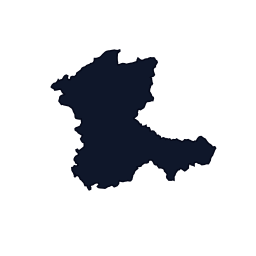 Mococa, São Paulo, Brazil (Mercator projection), rotated 33°
{"feature_id": "56859067B41359481852892", "entity_name": "Mococa", "entity_type": "district", "adm_level": 2, "iso_a3": "BRA", "parent_name": "Brazil", "parent_adm1": "São Paulo", "projection": "mercator", "projection_center": [-47.017, -21.449], "detail": "fine", "context": "isolated", "style": "filled", "palette": "ink", "viewbox_px": 256, "rotation_deg": 33, "n_neighbors": 0, "source": "geoboundaries", "source_scale": "gbopen_adm2", "svg_char_len": 4971}
<svg xmlns="http://www.w3.org/2000/svg" viewBox="0 0 256 256"><g transform="rotate(33 128 128)"><path d="M133.9,91.5L133.2,89.4L132.4,88.6L130.8,88.7L129.4,87.5L127.6,86.5L126.1,85.9L125.5,84.8L124.8,83.4L124.3,81.1L123.5,80.0L124.4,78.7L124.3,77.4L123.1,76.6L122.4,75.7L121.5,74.8L120.7,73.7L119.3,73.4L119.9,72.0L121.0,70.6L121.2,69.0L118.6,67.0L117.5,65.8L116.8,64.6L117.0,62.8L117.6,61.8L116.8,60.6L116.8,57.2L115.8,56.2L113.9,56.1L112.1,55.0L110.8,55.5L110.1,56.3L108.8,56.7L107.6,58.0L106.9,59.5L105.7,60.2L104.5,61.6L104.0,62.9L103.0,63.6L102.1,64.2L100.7,64.2L98.3,63.9L98.6,65.8L99.4,67.5L98.1,69.0L97.2,70.2L96.1,71.5L95.1,72.3L94.0,73.4L91.9,75.6L90.1,76.0L88.5,76.8L87.5,77.9L86.2,79.7L85.2,80.5L84.3,80.0L83.4,78.6L82.2,77.4L81.2,76.0L80.2,74.5L79.3,72.8L78.4,71.4L78.7,69.9L79.3,67.9L78.5,67.1L77.2,68.8L75.6,69.6L74.2,70.1L72.0,72.1L70.9,73.2L69.6,74.2L68.3,75.6L67.7,76.8L67.2,78.8L66.9,79.9L66.7,81.2L66.4,82.9L65.8,84.4L65.0,85.4L64.2,86.4L63.2,87.3L62.0,88.0L63.2,90.1L63.4,91.9L62.8,93.3L61.6,94.3L61.3,95.7L60.3,96.8L59.4,98.1L59.1,99.4L58.4,100.7L57.6,101.5L56.9,103.0L57.1,104.8L56.7,106.0L56.1,107.6L55.2,109.7L55.9,111.9L55.2,114.1L53.1,115.2L52.4,116.4L53.0,117.7L53.2,118.9L52.1,119.8L50.6,119.8L49.7,119.0L49.1,117.1L47.4,117.3L46.6,118.7L46.4,120.3L46.6,121.9L46.5,123.3L45.3,124.5L44.5,125.9L43.2,125.5L43.5,127.0L43.1,129.5L41.6,131.1L41.1,133.1L41.3,135.4L42.7,135.6L44.2,135.2L45.9,136.1L47.5,134.7L49.6,132.6L50.7,132.1L53.7,133.8L55.1,134.0L56.4,134.1L56.1,135.2L55.2,136.1L54.2,137.8L54.0,139.1L54.7,140.5L55.4,143.0L57.4,143.7L59.3,144.5L60.1,143.7L61.7,143.4L63.6,142.6L64.8,142.2L66.3,141.6L68.5,141.7L70.0,141.7L71.7,142.4L73.0,143.5L74.1,144.2L75.9,145.1L76.9,146.3L77.8,147.6L79.1,148.2L80.5,147.7L82.4,146.9L83.9,145.9L86.6,149.0L86.6,150.7L87.0,152.3L86.2,153.7L85.4,154.9L84.4,156.1L84.0,157.3L84.8,158.4L86.2,158.5L87.3,158.4L89.0,159.1L93.8,158.9L94.2,160.7L94.2,162.9L95.7,163.9L97.5,164.6L99.2,164.2L100.0,165.2L101.5,167.4L101.1,169.1L100.5,170.9L99.9,172.6L99.1,174.0L97.1,173.4L96.3,174.7L97.6,175.7L99.0,175.9L100.6,176.4L101.0,177.6L100.4,178.9L99.7,180.0L99.5,181.7L99.8,183.4L100.8,184.5L102.2,184.6L103.1,185.7L105.2,185.4L106.3,186.4L105.6,188.1L103.5,188.9L103.7,190.7L102.5,191.8L104.0,193.8L105.5,194.7L106.8,195.1L107.8,196.1L108.9,195.6L109.1,197.5L110.1,197.8L110.5,196.1L111.8,195.1L113.5,195.4L116.0,196.9L117.6,196.9L118.9,197.4L120.8,197.8L122.0,198.7L123.3,199.7L124.9,198.6L126.1,199.5L127.6,200.4L129.1,201.0L130.0,199.7L129.2,198.3L128.2,197.8L127.6,196.7L128.5,195.6L129.4,194.6L130.0,192.9L131.0,191.4L132.9,190.3L134.7,191.0L134.4,192.2L134.2,193.8L135.5,194.0L137.0,193.4L139.5,192.0L141.5,191.0L142.2,189.7L142.8,188.2L144.2,186.7L144.9,185.1L146.0,184.5L147.3,184.5L148.4,184.8L149.4,183.5L150.2,182.2L150.4,179.8L149.6,178.6L149.6,176.8L151.0,176.5L152.0,176.1L153.0,175.6L154.0,174.4L155.2,173.4L156.5,172.1L157.9,171.6L158.9,170.8L159.1,169.0L158.4,167.2L158.0,165.9L157.4,164.7L157.7,163.1L157.1,160.7L157.3,159.1L157.8,157.8L158.1,156.6L156.7,155.8L157.8,154.5L158.7,153.8L159.6,152.9L159.6,151.1L160.1,150.0L160.9,148.2L162.6,147.2L163.6,145.9L163.0,143.9L163.6,143.0L165.3,141.9L167.3,142.4L168.4,143.1L169.7,143.9L171.0,143.9L172.2,142.8L173.0,143.5L174.1,143.8L175.8,144.5L177.2,143.4L179.2,142.8L181.1,143.0L182.1,144.2L184.1,144.6L185.7,145.1L186.4,145.9L186.9,147.7L187.9,148.7L189.2,149.0L190.5,149.5L192.7,148.2L193.9,146.9L195.0,146.7L194.3,145.6L193.6,144.7L192.9,143.6L192.9,141.8L192.4,140.3L192.4,139.0L192.5,137.6L192.4,136.3L193.6,135.1L193.8,133.5L195.2,132.9L197.3,133.0L198.8,133.1L199.4,132.2L199.9,130.3L200.4,128.7L199.2,126.9L198.8,125.1L199.6,124.0L201.0,124.4L202.8,123.8L204.0,123.6L202.7,121.9L202.8,120.4L204.2,119.1L206.1,119.2L207.5,118.6L208.6,118.5L209.8,118.6L211.8,116.9L213.1,115.2L214.9,114.1L214.6,110.4L214.0,109.1L213.6,107.9L213.5,106.5L213.7,104.8L213.2,102.7L213.0,101.3L212.7,100.1L212.5,98.9L212.5,97.2L211.0,96.5L209.2,98.1L207.7,97.3L206.1,97.1L204.2,97.2L201.4,96.4L198.9,95.3L196.9,95.5L194.1,95.3L193.2,96.0L192.5,97.1L192.3,98.6L192.3,100.1L192.6,101.7L191.1,102.7L190.5,104.0L188.4,104.6L187.2,104.6L186.1,104.9L184.9,104.9L183.7,106.1L181.9,107.0L181.8,108.6L180.7,110.1L178.5,110.4L177.0,110.8L174.8,110.7L174.3,111.9L173.2,112.7L172.2,113.1L171.5,114.4L170.3,115.0L169.0,114.4L167.7,115.7L166.4,115.8L165.9,117.0L164.8,116.6L163.0,116.9L162.0,118.2L161.1,119.3L159.6,117.6L158.4,117.8L157.3,117.6L156.6,118.5L155.0,118.3L154.1,117.3L153.0,117.2L151.5,116.7L150.2,117.2L149.2,118.2L148.1,118.4L147.5,117.5L145.6,116.2L144.3,117.1L142.7,117.3L141.7,116.0L141.0,117.3L139.6,118.5L137.9,119.2L137.1,117.7L135.3,118.4L134.0,117.6L132.6,117.1L129.9,117.0L128.1,117.2L127.5,116.0L128.1,114.8L128.8,112.6L128.3,110.9L127.1,110.0L126.9,108.8L126.3,107.5L126.9,106.2L128.5,105.8L130.1,102.3L129.8,100.3L129.3,98.4L129.1,96.5L129.9,94.9L130.9,94.4L132.1,93.2L132.7,92.2L133.9,91.5Z" fill="#0f172a" stroke="#020617" stroke-width="1.5"/></g></svg>